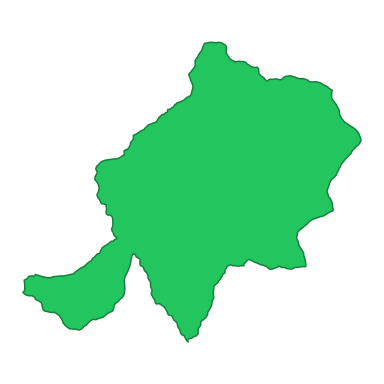 Gakiling, Ha, Bhutan (Natural Earth projection)
{"feature_id": "84629894B40252407393905", "entity_name": "Gakiling", "entity_type": "district", "adm_level": 2, "iso_a3": "BTN", "parent_name": "Bhutan", "parent_adm1": "Ha", "projection": "natural_earth1", "projection_center": [89.208, 27.137], "detail": "fine", "context": "isolated", "style": "filled", "palette": "green", "viewbox_px": 384, "rotation_deg": 0, "n_neighbors": 0, "source": "geoboundaries", "source_scale": "gbopen_adm2", "svg_char_len": 5938}
<svg xmlns="http://www.w3.org/2000/svg" viewBox="0 0 384 384"><path d="M69.6,328.8L73.4,329.1L75.3,329.1L77.4,329.7L79.3,330.0L81.3,329.1L83.0,327.7L84.0,326.4L86.3,325.2L88.2,322.8L90.5,320.7L92.8,319.4L95.6,319.6L96.8,319.4L99.0,318.2L102.9,317.3L106.5,314.4L107.8,313.2L112.7,311.0L114.0,307.4L113.8,306.4L114.8,304.2L116.5,302.6L118.1,301.6L119.9,299.4L122.3,297.4L123.5,295.7L124.2,293.6L124.9,288.9L124.3,280.5L124.5,278.5L125.6,275.3L128.1,270.7L130.2,265.0L131.3,258.7L132.1,255.5L133.9,253.5L135.2,255.0L136.2,256.7L138.3,258.2L139.5,258.7L139.9,259.2L140.1,259.8L139.9,263.2L140.0,264.6L140.7,265.7L143.0,266.8L143.4,267.4L144.5,270.6L145.8,272.1L146.4,272.2L146.9,273.3L147.9,275.0L148.1,278.4L148.7,279.6L149.9,281.1L150.5,282.3L150.6,287.1L151.3,288.2L152.1,290.1L152.1,290.8L151.4,292.6L151.4,294.6L153.8,298.7L154.7,299.7L155.5,303.3L156.0,303.7L157.2,304.0L158.4,303.6L159.6,303.8L163.4,306.4L164.7,307.7L166.2,310.0L166.9,311.1L167.7,313.7L168.5,314.8L169.0,315.1L170.9,315.5L172.0,316.2L172.7,317.3L173.7,319.8L177.1,322.9L177.8,326.9L179.7,329.6L180.1,330.9L180.3,332.3L180.9,333.5L181.6,334.6L183.4,335.4L184.4,336.2L186.2,339.8L187.4,341.3L187.9,341.7L187.9,340.4L188.1,339.6L188.4,339.1L189.6,338.6L191.6,338.2L192.2,337.9L193.3,336.8L195.9,336.1L196.7,335.4L198.1,333.7L198.1,329.7L198.8,327.7L200.5,325.5L200.8,324.2L200.6,322.3L200.8,321.8L202.4,320.0L203.3,320.0L204.4,318.7L206.2,317.2L207.6,314.5L207.7,312.7L207.9,312.2L211.5,305.6L212.0,303.6L212.2,300.8L213.2,299.3L213.8,297.9L213.3,294.2L213.8,286.5L214.7,285.3L218.0,282.5L218.8,280.7L220.7,278.8L221.1,277.4L222.0,276.4L223.1,273.9L224.5,273.3L224.9,272.7L224.9,270.9L225.1,269.9L226.2,268.2L226.9,266.7L227.6,266.1L230.4,264.7L233.2,265.9L234.7,265.5L238.2,266.2L241.2,265.7L243.7,265.7L244.0,265.3L243.8,264.3L243.9,263.8L245.2,262.9L246.1,261.5L248.4,259.4L251.8,260.6L254.5,262.2L257.5,263.2L260.0,264.5L263.6,265.4L266.0,266.4L266.9,266.9L269.2,268.9L270.2,269.3L272.7,269.0L275.5,267.7L277.5,267.2L278.1,266.4L278.6,266.2L281.9,267.4L285.0,267.6L286.8,268.6L291.4,269.1L293.4,268.4L295.2,267.4L297.1,267.4L301.7,266.7L305.7,266.6L305.9,264.0L305.0,259.3L303.9,255.7L303.5,252.6L298.9,245.4L298.6,243.2L298.0,241.3L296.5,238.4L297.8,232.1L299.2,230.4L307.5,223.7L308.9,222.0L310.6,220.6L313.3,219.1L318.8,217.2L323.7,215.8L325.7,214.7L328.2,212.9L330.9,211.5L332.8,211.0L333.3,209.3L332.6,207.5L332.4,203.7L332.1,202.8L330.3,198.5L328.8,197.3L327.9,194.1L327.3,192.8L327.1,191.8L327.1,190.8L329.5,183.5L330.8,180.6L331.4,180.0L331.7,179.2L333.8,177.8L336.2,175.0L337.2,172.5L338.7,170.0L339.1,168.3L340.4,166.6L340.9,164.7L345.2,159.4L348.0,156.3L350.8,153.7L352.1,151.2L353.5,149.4L356.7,146.1L358.4,144.9L360.2,142.4L360.2,141.8L361.0,140.8L360.9,139.7L360.6,138.2L359.6,135.4L358.6,133.2L358.0,132.1L354.4,128.5L347.8,124.3L346.4,123.2L345.0,122.5L341.7,118.6L341.1,117.3L340.2,116.2L339.5,113.3L339.2,110.7L338.8,109.4L336.9,106.2L336.6,104.9L335.3,103.4L333.2,100.5L332.4,99.8L331.7,98.0L331.6,95.1L331.7,92.8L332.2,90.4L328.6,88.0L327.9,87.0L326.5,86.4L325.6,85.7L324.2,85.2L320.4,82.9L319.2,82.5L315.8,81.7L313.3,82.0L310.2,81.9L309.0,81.3L307.1,79.9L305.6,79.3L303.0,78.6L299.3,78.7L291.8,76.1L289.0,75.9L285.1,76.5L283.1,77.9L282.1,79.1L280.7,79.9L276.0,78.9L272.2,79.3L269.7,79.3L268.5,79.9L267.3,81.1L266.8,81.1L264.7,79.1L264.3,78.2L260.5,75.5L259.6,74.3L258.8,72.8L258.7,69.4L258.0,67.9L257.3,67.3L253.3,67.4L250.7,66.4L248.6,64.8L246.6,63.6L245.6,62.2L244.6,61.9L238.8,61.2L236.3,61.8L235.1,61.9L233.3,60.8L231.6,60.1L229.8,58.6L226.6,53.9L226.2,51.8L226.5,47.8L226.1,46.4L225.4,45.1L220.8,42.5L218.3,42.4L215.1,42.8L212.9,42.4L209.5,42.3L208.9,42.6L207.5,42.9L205.0,43.2L204.3,43.9L202.6,47.6L201.6,50.7L200.5,52.0L198.4,55.0L197.5,57.2L196.4,58.4L195.0,60.8L195.3,65.4L194.8,66.6L190.9,71.9L188.9,73.9L188.8,75.2L190.0,77.8L190.9,80.8L192.6,84.4L193.0,86.1L192.9,87.5L191.0,94.8L190.7,95.6L189.2,96.2L186.0,98.0L183.9,100.2L180.1,101.9L177.1,102.9L175.5,104.4L175.1,104.5L172.6,107.6L171.7,107.9L170.9,108.7L170.4,109.0L167.6,109.7L167.5,110.2L167.7,111.8L167.5,112.2L165.7,112.6L164.9,113.8L164.5,114.1L162.7,114.4L161.6,115.0L160.2,116.6L158.8,117.6L157.4,120.5L155.7,122.1L154.7,122.6L152.9,123.0L151.4,123.9L148.7,124.7L145.3,127.8L144.0,129.5L140.5,131.1L137.1,133.6L133.3,135.4L133.4,138.9L133.1,139.5L130.6,142.6L130.4,143.0L130.4,144.7L129.7,145.6L129.1,147.3L128.7,147.9L127.4,149.3L125.9,149.7L125.6,150.1L124.5,150.6L124.0,151.2L124.3,153.6L124.2,154.3L123.6,155.2L121.8,156.1L120.9,157.0L117.1,158.8L115.9,159.0L113.9,158.9L105.4,160.2L102.4,161.2L100.3,162.6L98.5,164.7L96.9,166.1L96.4,167.0L96.0,168.0L95.8,169.1L97.1,171.6L97.2,172.7L96.8,173.8L95.3,176.4L94.8,179.2L95.0,179.8L96.3,181.2L97.6,183.0L98.7,185.6L99.1,187.2L99.1,188.3L98.4,191.8L97.3,193.7L97.0,194.8L97.4,196.7L99.8,200.1L101.0,203.0L101.5,203.5L102.5,203.8L105.6,204.4L106.2,205.1L106.2,206.9L106.6,208.9L106.1,211.2L106.1,212.9L106.8,214.3L107.7,215.0L110.3,215.2L111.8,216.3L112.4,217.5L112.8,219.0L112.9,225.8L111.6,229.1L111.6,229.6L112.1,230.9L113.2,232.5L113.9,235.0L114.2,235.6L115.8,237.0L116.5,237.4L116.9,238.4L113.9,240.1L113.3,241.1L111.4,241.3L107.1,244.7L104.7,245.9L103.8,246.7L102.5,247.4L102.1,248.0L101.3,249.7L100.6,250.6L99.6,253.5L97.7,253.8L97.0,254.2L94.2,257.4L92.6,258.5L91.4,260.7L89.2,261.9L87.3,263.4L84.0,266.6L80.7,268.0L79.5,268.9L78.3,270.0L75.0,272.1L73.6,273.8L63.4,276.0L61.1,275.9L53.3,276.7L50.8,277.6L47.6,277.8L41.2,276.3L35.7,274.5L35.0,275.0L33.7,276.6L32.3,275.8L29.0,276.3L26.9,278.8L24.2,280.2L24.7,284.5L24.7,287.3L24.8,289.3L24.2,291.2L23.2,292.0L23.0,292.7L25.9,294.9L27.2,295.4L29.4,295.8L31.7,295.7L34.1,296.7L34.5,297.1L35.3,299.0L35.7,299.5L38.6,300.9L41.3,302.6L42.0,305.1L42.1,306.3L42.6,307.3L42.8,309.1L44.3,310.9L50.3,312.3L52.0,312.5L54.6,312.4L58.4,314.8L59.7,316.2L61.6,319.0L62.4,320.8L63.4,323.4L64.3,324.3L65.5,325.8L69.6,328.8Z" fill="#22c55e" stroke="#15803d" stroke-width="1.5"/></svg>